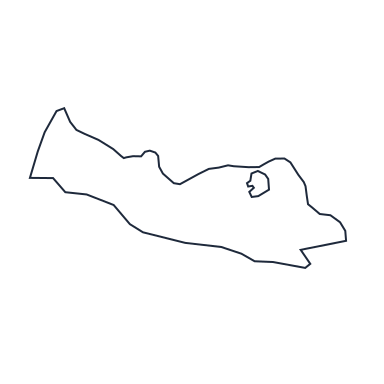 Termez, Surkhandarya, Uzbekistan (Albers equal-area conic projection), rotated 193°
{"feature_id": "79887680B61721126470320", "entity_name": "Termez", "entity_type": "district", "adm_level": 2, "iso_a3": "UZB", "parent_name": "Uzbekistan", "parent_adm1": "Surkhandarya", "projection": "albers", "projection_center": [67.436, 37.28], "detail": "fine", "context": "isolated", "style": "outline", "palette": "slate", "viewbox_px": 384, "rotation_deg": 193, "n_neighbors": 0, "source": "geoboundaries", "source_scale": "gbopen_adm2", "svg_char_len": 1076}
<svg xmlns="http://www.w3.org/2000/svg" viewBox="0 0 384 384"><g transform="rotate(193 192 192)"><path d="M187.1,140.9L151.1,145.0L130.0,143.0L115.4,138.6L97.3,142.0L64.6,143.5L60.6,148.6L73.1,160.1L30.9,179.1L33.9,188.6L40.9,195.8L51.9,200.5L62.6,199.3L71.4,203.9L76.2,206.2L79.2,213.8L82.7,223.2L85.3,226.8L92.3,232.7L102.8,243.0L109.4,245.4L118.3,243.3L124.1,238.9L128.4,235.0L132.2,231.4L142.5,228.9L157.1,226.5L162.9,226.1L171.4,221.8L180.8,218.3L189.8,210.9L200.1,201.7L205.5,196.9L211.7,196.5L224.5,203.4L229.7,209.2L233.1,219.5L236.6,222.2L242.4,222.8L246.9,220.6L249.6,215.3L257.6,213.6L263.8,211.0L266.1,209.7L269.2,211.1L278.4,216.1L294.8,221.7L309.8,224.5L310.2,224.6L318.6,226.5L326.5,232.9L335.4,244.9L342.2,240.4L349.0,217.1L351.4,196.8L353.1,169.3L330.5,174.3L315.4,163.3L294.1,165.9L265.4,161.7L245.3,146.7L230.7,141.7L187.1,140.9ZM132.7,210.0L134.5,211.6L138.5,210.0L140.4,213.0L137.7,216.1L138.2,223.4L132.6,227.3L124.7,225.5L120.7,221.9L117.5,211.6L126.5,202.9L132.7,200.6L136.2,205.0L132.7,210.0Z" fill="none" stroke="#1e293b" stroke-width="2"/></g></svg>